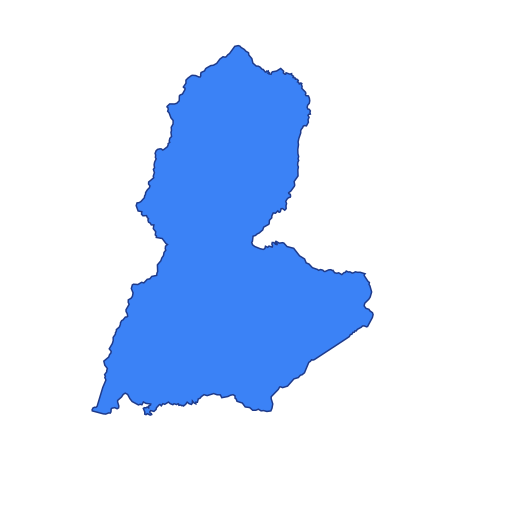 outline of Kon Ray, Kon Tum, Vietnam, rotated 17°
{"feature_id": "81297802B49611781778497", "entity_name": "Kon Ray", "entity_type": "district", "adm_level": 2, "iso_a3": "VNM", "parent_name": "Vietnam", "parent_adm1": "Kon Tum", "projection": "robinson", "projection_center": [108.184, 14.55], "detail": "fine", "context": "isolated", "style": "filled", "palette": "blue", "viewbox_px": 512, "rotation_deg": 17, "n_neighbors": 0, "source": "geoboundaries", "source_scale": "gbopen_adm2", "svg_char_len": 6094}
<svg xmlns="http://www.w3.org/2000/svg" viewBox="0 0 512 512"><g transform="rotate(17 256 256)"><path d="M264.7,401.5L270.2,398.6L272.3,396.6L274.7,395.3L276.8,395.9L277.6,398.2L278.9,398.6L280.3,400.5L285.9,400.6L289.8,403.5L294.3,402.8L297.9,404.5L300.9,403.6L303.1,401.8L306.1,402.6L308.5,401.6L311.9,401.5L315.5,399.8L315.8,396.9L315.3,392.6L312.2,388.0L311.7,386.1L316.3,377.1L316.9,374.4L317.8,373.9L319.9,374.1L324.2,371.2L328.2,362.4L332.0,359.9L333.3,357.0L334.8,356.1L336.5,353.5L337.6,342.3L338.8,340.8L339.5,339.0L340.8,338.9L342.1,338.0L366.8,308.3L368.8,305.8L369.2,303.5L370.5,302.9L371.0,300.7L372.3,300.1L372.5,298.7L373.8,298.3L374.3,296.6L377.6,293.2L378.2,291.9L379.8,291.2L382.5,291.4L383.3,290.8L385.3,280.8L385.1,277.8L384.0,276.2L380.9,275.1L379.6,274.0L376.4,273.9L374.0,272.1L373.8,269.4L376.5,264.4L377.2,261.9L377.1,256.6L373.7,251.3L372.4,250.1L372.2,248.2L370.5,247.5L365.2,243.1L365.0,242.2L365.5,241.1L360.3,241.1L358.0,241.9L355.6,242.1L354.5,243.3L353.0,244.2L350.4,243.7L349.1,244.3L346.7,244.0L346.3,245.5L345.1,246.1L343.5,248.7L340.0,247.9L338.3,248.9L336.0,249.0L333.8,247.2L333.4,247.6L331.6,247.2L329.6,248.0L326.5,250.7L325.5,250.8L324.0,250.0L321.7,250.1L320.0,251.4L318.7,250.9L313.3,250.7L309.1,248.2L306.0,247.9L303.3,244.6L297.6,243.1L289.8,237.6L282.9,237.9L278.9,235.5L277.5,235.5L274.5,236.9L270.8,236.1L270.6,236.6L271.2,237.7L272.8,238.3L272.7,239.0L271.3,239.1L269.3,237.9L267.6,238.3L267.7,240.0L268.9,241.6L268.8,242.8L265.5,242.7L264.7,244.3L262.2,243.9L262.3,246.3L261.0,247.6L257.8,247.8L252.1,247.3L249.4,246.3L247.9,244.2L248.3,243.1L247.4,237.9L249.5,236.5L250.8,234.4L252.3,233.1L254.8,229.1L254.9,226.2L258.9,222.0L259.1,221.1L258.4,217.9L259.9,214.9L259.4,213.0L259.9,209.8L262.1,209.4L263.7,206.5L265.2,207.4L265.8,207.2L266.3,206.4L266.2,203.4L267.5,202.9L270.1,203.8L271.0,201.9L270.0,199.2L269.9,196.9L268.5,195.1L269.0,192.7L270.0,190.8L271.6,189.7L271.6,188.7L270.8,187.0L269.1,186.7L268.7,186.0L270.3,183.8L272.3,178.1L272.3,176.9L270.7,173.6L272.8,167.2L270.8,161.3L270.5,158.5L269.2,156.8L268.6,154.0L268.9,152.2L267.8,150.8L267.7,148.4L266.2,146.0L264.8,141.9L264.1,137.2L262.9,134.6L262.6,131.0L262.8,125.2L262.1,123.1L262.4,121.3L263.1,119.6L263.2,118.0L264.3,117.1L266.2,116.8L267.0,112.8L265.9,110.4L266.2,107.8L264.6,106.3L264.9,105.2L266.5,104.4L265.5,102.7L265.6,101.4L264.1,100.2L262.6,100.3L261.4,98.8L261.3,96.7L262.3,94.4L262.0,91.8L260.9,89.5L259.3,87.6L256.9,88.0L256.1,87.3L256.1,85.9L255.5,84.9L250.8,82.3L250.5,80.3L249.2,78.7L249.4,77.7L248.3,77.4L247.1,78.8L246.0,77.5L244.8,77.4L245.1,75.7L243.2,74.9L242.0,75.4L241.4,74.3L239.3,74.5L239.4,73.2L237.1,72.3L236.7,71.2L235.2,72.2L231.2,72.0L231.2,73.5L230.4,73.7L228.6,72.9L228.4,71.2L224.8,69.4L221.6,73.1L217.8,75.1L217.3,76.5L217.3,77.8L215.3,78.1L215.2,77.0L214.1,77.5L214.3,76.5L213.7,75.5L213.2,76.1L212.3,75.9L211.7,77.3L210.8,77.2L208.4,75.5L207.4,75.7L204.5,74.1L202.6,73.8L200.7,74.3L196.6,72.4L194.3,68.4L190.4,65.9L189.4,63.8L186.4,63.1L184.5,61.9L180.7,60.9L179.2,60.0L177.5,60.0L174.4,61.7L171.5,70.1L170.2,71.8L169.2,74.2L168.3,74.9L166.2,75.1L163.9,78.2L162.1,83.3L159.4,86.1L157.1,87.1L153.6,90.8L153.0,91.8L152.7,94.0L149.8,96.6L150.0,98.7L150.5,99.9L150.3,101.1L149.1,101.5L145.5,101.1L142.6,101.7L141.5,102.3L138.9,105.8L137.6,108.3L138.5,111.3L137.1,115.6L137.4,116.0L139.0,116.2L139.4,117.7L138.3,122.6L136.3,124.3L135.9,125.3L137.2,130.0L135.6,133.1L133.5,134.5L129.0,135.8L127.2,139.0L127.3,139.5L128.3,139.8L129.2,141.4L129.2,143.4L131.1,144.6L134.3,148.8L137.1,150.6L138.1,154.0L137.3,157.7L138.5,160.8L138.5,162.6L140.3,166.4L139.2,168.6L139.4,171.5L140.3,172.5L139.1,174.2L139.5,175.4L139.3,177.4L136.5,181.4L135.6,182.0L134.4,181.3L133.0,181.5L130.7,182.8L129.7,184.5L129.5,187.4L130.5,188.7L131.0,191.3L132.1,192.2L131.6,195.9L131.9,198.6L133.2,201.4L132.5,203.1L134.5,206.0L134.4,209.7L135.3,211.1L131.7,216.6L132.2,218.6L134.1,220.0L134.1,221.9L132.8,224.3L131.9,227.6L132.3,229.4L131.9,231.1L132.2,232.9L130.0,237.6L128.6,239.1L126.7,240.0L126.7,242.9L130.1,247.4L133.8,247.0L134.3,249.5L136.1,250.6L139.5,249.4L140.8,251.0L142.3,251.8L142.1,253.1L143.3,255.0L145.3,255.5L146.8,256.9L149.2,256.1L149.8,259.9L153.0,262.1L153.5,265.3L154.9,265.9L155.2,267.4L161.2,266.7L166.4,270.5L168.0,270.9L166.6,273.1L167.1,275.6L168.0,276.8L167.0,279.5L167.4,282.6L166.5,285.5L166.4,288.4L164.3,293.3L166.5,299.7L166.3,301.4L166.7,303.6L162.3,306.0L161.1,308.9L158.8,310.1L156.6,314.5L154.3,314.6L151.4,317.8L147.1,318.8L146.2,319.8L146.3,323.6L149.2,327.2L149.6,330.7L148.9,332.9L146.7,335.3L147.3,337.6L148.8,339.3L147.4,345.4L148.0,347.1L149.8,348.9L150.9,351.2L150.3,352.1L148.9,352.6L147.5,356.0L146.4,357.1L145.9,359.4L146.3,361.1L146.1,363.8L144.0,367.2L144.4,368.8L144.0,370.5L144.4,371.8L143.2,375.6L144.2,378.7L144.2,381.7L142.8,387.7L145.4,389.5L145.6,391.2L144.8,393.1L144.7,395.7L141.2,401.0L143.3,404.6L146.8,407.1L146.7,409.1L147.1,410.4L145.9,413.7L147.1,415.0L147.0,416.6L148.3,417.8L148.7,418.9L147.9,426.5L148.0,446.2L147.2,447.6L145.9,447.8L144.6,448.9L144.2,450.9L144.7,452.0L156.1,451.6L158.5,451.1L161.2,449.0L162.5,448.9L162.9,447.5L162.2,444.7L162.8,443.6L165.3,442.3L167.8,442.7L169.0,441.4L168.7,439.6L166.3,436.0L165.9,434.6L168.6,430.2L169.5,427.2L171.0,425.4L173.7,425.9L177.1,429.3L180.1,431.4L187.1,432.8L188.5,431.7L190.4,431.6L191.0,428.5L193.8,429.1L198.6,428.3L198.7,429.4L197.2,430.9L197.7,432.6L196.1,432.2L195.2,433.3L193.6,433.7L192.8,434.7L195.2,437.6L195.9,439.8L197.2,439.9L198.2,438.6L201.3,439.1L202.6,438.1L202.0,437.3L200.3,436.9L200.0,436.0L200.5,434.6L203.8,434.5L205.3,432.0L205.2,430.2L207.1,426.3L207.8,426.1L209.2,427.0L210.1,424.5L212.1,424.5L215.0,421.3L217.2,422.3L220.0,422.5L220.8,421.2L223.5,421.3L224.7,420.0L225.3,420.2L225.9,421.3L227.6,420.5L229.0,420.9L229.9,420.2L230.6,420.6L232.1,418.4L232.9,415.9L235.2,416.8L237.7,416.8L238.1,415.4L237.6,413.3L239.3,414.5L241.7,415.0L241.2,413.4L242.7,413.0L242.6,409.5L244.0,408.5L244.8,406.5L246.8,403.8L250.1,403.8L255.8,399.9L259.3,400.1L262.5,399.2L264.7,401.5Z" fill="#3b82f6" stroke="#1e3a8a" stroke-width="1.5"/></g></svg>